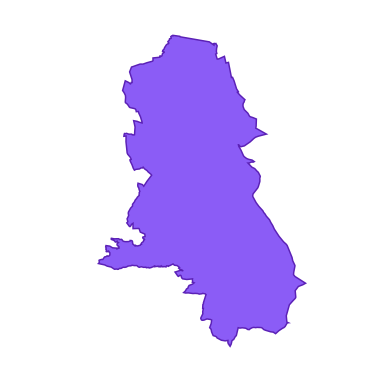 the district of Batos, Mures, Romania, rotated 173°
{"feature_id": "2599482B32614611186609", "entity_name": "Batos", "entity_type": "district", "adm_level": 2, "iso_a3": "ROU", "parent_name": "Romania", "parent_adm1": "Mures", "projection": "equal_earth", "projection_center": [24.65, 46.876], "detail": "fine", "context": "isolated", "style": "filled", "palette": "violet", "viewbox_px": 384, "rotation_deg": 173, "n_neighbors": 0, "source": "geoboundaries", "source_scale": "gbopen_adm2", "svg_char_len": 6072}
<svg xmlns="http://www.w3.org/2000/svg" viewBox="0 0 384 384"><g transform="rotate(173 192 192)"><path d="M244.5,207.3L245.0,205.6L245.0,203.9L244.3,202.4L244.2,200.8L243.7,199.0L244.5,197.8L244.4,197.2L244.8,196.3L244.8,195.1L246.9,193.5L247.7,192.4L249.3,191.0L250.3,189.3L252.5,187.1L252.8,185.2L254.9,183.5L257.5,179.9L257.8,179.0L257.9,178.0L257.7,176.8L258.0,175.9L259.7,173.3L259.3,170.3L260.5,169.3L258.4,165.6L257.8,165.2L257.1,165.6L255.9,167.3L254.4,168.1L255.0,162.8L249.3,162.3L249.0,162.1L248.2,158.5L244.0,156.0L244.0,153.5L246.2,153.3L246.5,152.6L246.3,152.1L245.0,151.0L244.9,150.6L245.9,150.1L245.8,149.7L246.4,148.7L248.0,147.8L248.7,147.0L248.5,146.3L249.4,146.1L249.8,145.5L252.6,145.1L253.6,145.3L254.8,146.1L255.0,145.9L254.7,145.4L255.0,145.3L257.2,147.7L257.0,148.5L257.3,149.2L257.1,150.0L257.2,150.6L258.0,151.2L259.1,151.4L259.1,151.0L260.9,150.5L264.0,150.8L265.8,151.3L266.9,152.2L267.2,153.1L267.7,153.6L269.7,153.7L270.2,154.4L270.7,154.6L274.9,155.0L276.7,155.6L277.2,155.4L277.7,155.8L278.0,155.2L277.7,154.7L275.6,153.6L274.8,152.8L274.2,151.7L273.4,151.6L272.4,152.3L272.2,151.4L271.2,150.8L272.6,149.8L272.8,149.2L272.7,148.2L271.8,147.5L271.8,146.8L271.2,146.5L271.4,145.8L271.2,145.3L273.5,144.7L273.6,145.0L273.3,145.4L277.7,146.3L280.2,148.3L283.9,149.3L284.4,148.0L284.1,147.5L284.1,146.5L284.3,146.3L284.2,145.8L284.4,145.5L284.1,145.1L284.1,144.4L284.4,143.4L283.7,143.0L282.9,143.4L282.3,143.0L281.9,143.4L280.9,141.6L281.2,139.5L282.5,138.5L283.4,138.5L284.0,139.0L285.3,138.3L286.7,138.2L288.8,135.9L290.0,136.1L292.4,135.7L292.6,135.5L292.5,133.4L293.6,132.4L287.6,130.3L285.3,128.8L281.3,127.3L278.4,124.8L275.9,124.7L275.2,124.3L274.4,124.3L273.4,125.0L271.8,124.8L269.5,125.7L267.7,125.4L266.0,125.6L264.8,126.2L263.2,126.3L261.6,126.2L260.5,126.6L257.8,125.9L256.3,125.8L255.6,125.6L254.7,124.5L253.6,123.7L251.4,124.0L249.2,123.1L246.9,123.0L246.6,122.4L244.5,122.4L244.0,122.1L243.8,121.8L242.1,121.9L239.5,122.6L238.7,122.5L238.4,122.7L238.3,123.2L237.6,122.9L237.7,122.4L236.6,122.5L235.6,122.3L234.9,122.6L234.5,122.5L234.0,121.8L233.0,122.2L232.8,121.7L231.7,122.3L231.7,121.6L230.5,121.7L230.0,121.2L229.5,121.4L228.4,121.3L226.9,120.8L226.5,121.6L226.2,121.8L225.7,121.8L224.6,121.1L224.3,121.2L224.1,121.6L223.1,121.6L219.6,122.9L219.3,122.4L218.2,121.4L215.7,120.8L213.6,118.6L214.5,118.0L213.7,117.0L211.5,115.8L210.3,114.8L212.9,115.7L218.6,114.6L216.3,110.3L215.7,109.9L214.3,110.7L213.5,110.7L213.1,110.4L212.9,108.8L212.5,107.7L211.8,106.9L211.0,106.7L207.8,105.8L202.1,105.7L202.3,105.1L202.3,103.1L202.7,102.4L201.0,101.6L202.7,100.5L206.3,99.6L207.1,98.6L207.8,97.1L209.3,96.4L210.6,94.6L212.5,93.2L210.7,92.5L207.8,92.3L203.4,91.1L201.3,91.0L198.7,90.5L197.3,89.8L194.4,89.8L193.8,90.1L191.3,89.3L190.6,88.5L194.1,80.8L194.3,79.7L194.9,79.0L195.6,75.1L194.9,75.0L196.0,71.8L196.1,69.8L198.5,66.1L198.7,65.3L198.2,63.8L197.3,63.4L195.7,63.4L192.7,64.2L189.1,63.2L188.1,62.5L189.0,59.1L191.0,55.2L189.8,53.4L189.6,50.7L188.5,46.9L186.1,45.8L185.3,45.1L184.9,44.1L180.9,41.3L177.2,40.2L174.4,40.3L174.7,38.5L174.6,37.5L174.4,36.7L173.7,36.2L173.8,35.6L173.0,34.2L171.6,36.3L170.5,39.4L169.9,40.0L168.7,40.4L166.9,42.9L165.5,44.1L162.7,51.7L161.1,51.1L158.6,51.1L155.5,50.3L154.4,49.7L153.8,48.9L152.0,48.4L150.7,49.3L148.7,50.0L147.1,50.1L145.3,49.6L143.9,49.7L139.8,49.0L139.0,48.5L137.5,46.7L135.9,45.8L131.1,43.7L128.1,42.9L128.1,42.7L126.3,41.2L122.6,43.8L118.6,45.8L117.5,46.1L116.0,47.1L113.8,50.0L113.1,50.5L112.4,50.5L113.7,51.3L113.5,57.7L109.1,68.2L104.8,72.0L103.0,73.4L102.1,74.3L101.8,75.0L101.6,81.5L97.9,85.3L93.4,86.4L90.4,87.6L100.1,95.6L101.3,97.5L100.8,100.0L98.9,105.8L98.8,106.6L100.4,111.5L100.7,114.9L104.0,127.1L104.7,128.5L107.2,131.4L111.0,137.4L114.8,145.1L116.0,148.9L117.5,152.2L118.5,155.1L121.2,159.0L122.2,161.3L123.3,162.9L124.0,164.8L127.4,169.6L129.7,173.7L132.2,180.1L132.2,180.9L131.6,182.7L126.2,188.1L125.4,189.5L123.4,194.1L123.1,196.0L123.2,196.7L122.3,199.3L123.8,203.5L124.8,204.6L126.9,207.6L129.6,209.4L132.9,213.9L131.8,213.8L129.3,214.5L127.6,214.2L126.5,214.6L128.5,216.4L131.7,217.5L133.7,218.6L135.9,220.7L136.5,221.8L138.3,227.6L140.0,231.6L140.2,233.2L139.9,233.2L138.8,231.5L137.9,231.0L134.4,231.4L128.1,234.7L124.1,237.6L122.3,238.6L119.4,239.3L111.1,240.4L120.9,247.6L120.3,249.7L119.2,256.6L122.4,258.4L125.0,259.6L125.5,260.1L125.9,260.7L126.9,263.3L130.1,267.4L130.9,270.6L130.8,272.2L130.3,273.8L129.3,275.0L128.7,276.6L128.2,277.1L132.7,282.4L134.8,285.5L133.7,285.8L135.2,288.9L136.7,297.2L137.8,300.9L138.9,300.8L140.0,316.2L142.6,315.9L143.3,322.7L149.5,320.8L150.8,320.9L151.7,326.0L150.5,326.4L150.7,328.6L150.1,331.5L149.2,334.0L150.2,336.5L150.8,336.3L151.8,336.8L152.5,336.6L152.2,335.6L152.3,335.1L156.5,338.9L184.6,347.4L185.0,347.6L185.1,348.0L191.8,349.8L191.9,349.3L193.0,349.5L194.1,348.8L193.9,347.3L194.1,347.0L195.6,346.8L196.2,345.3L197.6,344.3L197.5,343.7L197.0,343.0L197.0,342.4L197.5,342.0L198.1,342.0L199.5,341.2L201.6,338.7L202.5,337.0L203.7,336.2L204.1,335.1L202.8,334.7L202.6,334.0L204.4,333.0L205.3,330.8L206.1,330.5L207.1,331.0L207.4,330.7L207.5,329.7L214.4,329.8L214.7,327.1L215.5,326.6L221.0,325.8L225.1,324.9L227.9,325.3L236.8,323.4L239.3,318.8L237.8,310.9L238.1,308.0L239.0,308.1L239.6,307.0L240.1,306.8L241.3,308.3L244.7,310.5L248.5,301.2L247.3,298.9L246.3,296.0L246.4,293.8L247.2,289.8L247.2,288.8L245.4,287.0L243.7,283.7L243.1,283.3L239.2,281.9L238.1,281.3L237.7,280.5L237.5,278.5L235.5,278.5L235.2,276.8L234.0,273.0L233.0,267.2L233.1,266.6L236.0,267.8L237.8,268.8L241.2,269.9L240.6,263.4L242.1,255.8L243.6,255.8L243.9,256.2L244.6,256.3L244.9,256.8L247.6,257.1L249.8,258.2L251.1,258.0L251.7,258.3L251.9,258.3L252.4,257.2L252.8,255.6L250.6,255.6L251.4,250.0L251.6,238.7L251.2,237.3L249.1,234.1L248.6,232.7L248.4,231.7L249.7,231.4L249.5,230.1L248.2,226.3L247.4,222.8L246.5,220.7L244.9,221.3L241.3,221.3L239.6,222.1L238.2,221.9L237.5,222.6L236.3,220.8L233.9,218.6L233.2,217.4L230.5,214.5L230.0,213.6L235.3,208.2L239.2,203.6L240.3,205.4L244.5,207.3Z" fill="#8b5cf6" stroke="#5b21b6" stroke-width="1.5"/></g></svg>